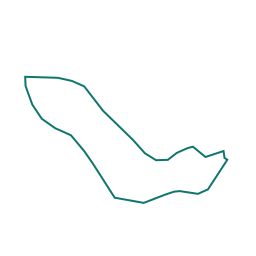 Nam-gu [South District], South Jeolla, South Korea, rotated 66°
{"feature_id": "91817680B68494559899558", "entity_name": "Nam-gu [South District]", "entity_type": "district", "adm_level": 2, "iso_a3": "KOR", "parent_name": "South Korea", "parent_adm1": "South Jeolla", "projection": "natural_earth1", "projection_center": [126.87, 35.102], "detail": "fine", "context": "isolated", "style": "outline", "palette": "teal", "viewbox_px": 256, "rotation_deg": 66, "n_neighbors": 0, "source": "geoboundaries", "source_scale": "gbopen_adm2", "svg_char_len": 520}
<svg xmlns="http://www.w3.org/2000/svg" viewBox="0 0 256 256"><g transform="rotate(66 128 128)"><path d="M186.3,168.5L202.8,144.1L204.0,121.0L204.9,111.8L206.7,106.4L216.6,90.9L216.6,79.9L197.4,50.2L194.6,52.0L187.9,50.1L186.0,69.0L171.5,76.3L170.6,81.8L170.6,93.6L173.3,104.6L168.8,115.5L158.0,122.8L140.9,128.3L102.1,143.8L72.1,151.1L62.1,160.2L53.6,171.7L39.4,201.1L48.0,204.5L67.7,205.9L84.6,203.0L98.7,194.5L111.4,183.1L131.2,177.4L146.7,174.5L186.3,168.5Z" fill="none" stroke="#0f766e" stroke-width="2"/></g></svg>